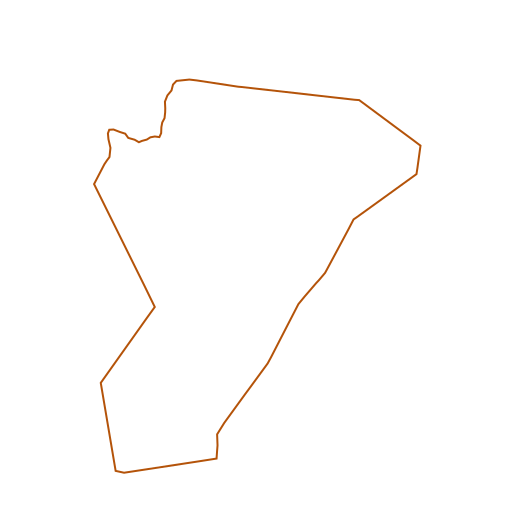 outline of Belágua, Maranhão, Brazil, rotated 347°
{"feature_id": "56859067B20132101746210", "entity_name": "Belágua", "entity_type": "district", "adm_level": 2, "iso_a3": "BRA", "parent_name": "Brazil", "parent_adm1": "Maranhão", "projection": "equal_earth", "projection_center": [-43.471, -3.111], "detail": "fine", "context": "isolated", "style": "outline", "palette": "amber", "viewbox_px": 512, "rotation_deg": 347, "n_neighbors": 0, "source": "geoboundaries", "source_scale": "gbopen_adm2", "svg_char_len": 1002}
<svg xmlns="http://www.w3.org/2000/svg" viewBox="0 0 512 512"><g transform="rotate(347 256 256)"><path d="M237.8,71.6L230.8,69.1L217.9,67.5L213.7,70.3L210.9,75.7L205.8,79.6L202.0,85.1L200.8,91.7L199.8,95.6L197.9,101.1L194.7,104.8L192.8,109.1L191.2,115.0L188.6,118.4L184.3,116.8L179.8,116.6L175.8,118.0L170.7,118.2L167.5,118.8L163.9,115.4L158.1,112.2L156.1,107.4L151.2,104.5L145.6,100.7L141.4,100.0L139.3,103.2L138.5,109.0L138.5,117.9L135.5,126.6L132.2,129.4L128.9,132.5L114.4,149.5L140.5,259.5L145.9,282.9L135.4,292.1L76.2,344.7L70.9,433.8L78.7,437.5L99.7,439.1L142.1,442.3L152.6,443.1L172.0,444.5L173.9,438.3L175.9,431.9L178.0,421.0L187.6,411.4L214.4,388.1L221.9,381.7L243.2,363.3L247.9,358.0L272.0,329.5L286.5,312.4L294.3,306.4L308.6,295.9L311.6,293.9L319.5,288.0L321.9,285.3L351.9,251.0L359.3,242.3L362.6,241.0L407.3,222.2L430.8,212.3L433.1,206.5L441.1,185.5L435.0,178.2L419.8,160.4L391.6,127.3L387.1,125.9L280.0,88.1L276.6,87.0L237.8,71.6Z" fill="none" stroke="#b45309" stroke-width="2"/></g></svg>